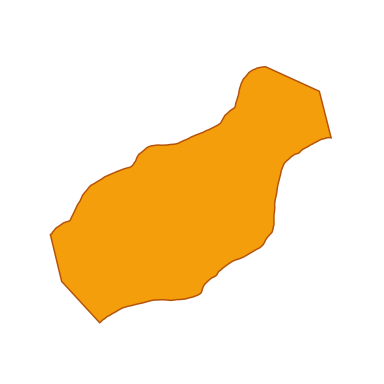 outline of North Miladhunmadulu, Maldives, rotated 76°
{"feature_id": "70690204B13524442343529", "entity_name": "North Miladhunmadulu", "entity_type": "district", "adm_level": 2, "iso_a3": "MDV", "parent_name": "Maldives", "parent_adm1": "", "projection": "robinson", "projection_center": [73.105, 6.23], "detail": "fine", "context": "isolated", "style": "filled", "palette": "amber", "viewbox_px": 384, "rotation_deg": 76, "n_neighbors": 0, "source": "geoboundaries", "source_scale": "gbopen_adm2", "svg_char_len": 3175}
<svg xmlns="http://www.w3.org/2000/svg" viewBox="0 0 384 384"><g transform="rotate(76 192 192)"><path d="M88.2,90.4L88.1,91.2L87.9,92.5L87.8,93.7L87.6,95.9L87.5,97.9L87.5,98.8L87.8,100.1L88.1,101.4L88.2,103.1L89.0,105.5L89.6,107.3L90.0,108.1L91.4,109.8L92.2,110.9L93.0,111.9L93.8,113.0L94.8,114.8L95.4,115.3L98.0,117.4L98.6,117.9L100.7,119.2L103.2,120.8L106.2,122.2L108.8,123.3L111.3,124.9L113.8,126.3L115.2,127.2L116.7,128.2L118.2,128.8L119.6,129.4L120.4,130.2L121.0,131.6L121.5,133.0L122.0,134.5L122.9,136.4L123.7,137.7L124.4,139.0L125.1,140.4L125.8,141.7L129.0,144.7L130.3,145.9L131.7,147.1L132.5,148.5L133.5,151.5L134.2,154.4L134.7,156.5L135.2,158.8L135.7,161.0L135.9,163.4L136.8,166.9L137.2,170.6L137.6,173.8L137.9,175.9L138.4,179.2L139.3,182.5L139.7,184.6L140.3,188.7L140.8,191.1L141.4,193.6L141.4,197.0L141.1,199.0L140.6,201.9L140.3,205.2L139.7,208.1L139.1,210.9L138.3,213.1L137.8,216.3L137.4,220.4L137.5,222.2L138.0,224.9L139.2,227.1L141.5,231.8L142.5,234.3L142.9,234.8L144.9,236.8L146.7,238.1L148.3,239.2L152.1,243.6L153.0,246.1L153.0,251.3L153.9,259.3L156.1,272.8L157.2,275.6L158.4,279.1L159.0,281.5L159.9,284.0L160.6,286.5L161.2,288.8L162.9,291.3L164.9,293.8L166.9,296.7L168.5,298.7L170.0,300.0L173.7,302.8L175.5,304.9L177.4,306.8L180.1,308.9L182.7,311.0L184.9,312.8L187.2,314.9L189.0,316.3L190.1,317.2L190.6,319.4L190.6,322.1L191.1,324.9L191.8,326.3L192.8,329.0L193.4,330.8L194.1,332.7L196.2,335.5L197.3,337.1L198.5,338.1L199.0,339.7L247.2,340.1L296.5,313.2L295.8,311.7L295.0,310.6L294.1,308.5L293.8,307.3L292.5,304.9L291.8,301.9L291.0,299.5L290.2,296.7L289.8,294.9L289.0,292.5L288.4,290.5L287.9,288.5L287.6,286.8L287.5,283.7L287.4,281.4L287.6,278.1L287.5,274.2L287.5,271.7L287.6,269.0L287.7,266.8L287.6,263.5L287.5,261.0L287.5,259.2L287.5,258.0L287.6,255.2L288.1,253.1L288.6,250.6L289.2,247.5L289.9,244.9L291.1,241.5L292.1,238.7L292.6,234.5L292.8,232.4L293.3,230.5L293.7,227.6L294.2,224.2L294.0,220.2L294.1,217.0L293.8,214.2L293.5,211.4L292.4,208.0L290.7,206.5L288.2,205.2L286.0,203.5L284.6,202.0L283.1,199.5L281.4,196.5L280.3,194.2L279.9,192.4L279.4,190.0L278.6,188.2L276.9,186.6L275.8,185.7L274.6,182.9L273.3,180.5L272.3,178.2L271.4,176.1L270.3,173.2L269.1,169.7L268.7,168.0L268.4,165.5L268.3,163.0L268.1,160.9L267.7,158.7L267.1,156.1L266.1,152.7L265.5,150.8L264.9,148.7L263.8,145.1L263.1,142.6L262.7,140.4L261.7,138.1L260.4,135.8L258.4,133.8L256.7,132.5L254.9,130.7L253.5,128.8L252.5,127.3L251.4,125.6L250.4,124.1L248.5,123.0L246.3,121.8L245.1,121.4L244.1,120.6L242.3,120.1L240.0,119.5L237.5,118.9L234.3,118.1L230.6,116.6L227.4,115.5L224.3,114.9L220.6,113.6L216.2,111.4L213.1,109.9L211.6,109.4L208.7,108.2L206.8,107.4L204.7,106.3L201.9,104.8L199.2,103.4L195.9,101.6L192.7,100.1L188.3,97.0L186.3,95.3L184.6,92.5L183.4,89.9L182.0,87.7L181.2,85.6L180.5,83.7L180.2,82.5L180.2,81.6L180.2,80.3L180.2,79.8L179.9,78.7L179.2,77.4L178.4,76.3L177.4,74.3L177.3,74.0L176.9,72.1L176.7,71.5L176.5,70.5L176.3,69.7L175.8,67.9L175.3,66.4L174.7,64.7L174.7,63.7L174.1,61.9L173.9,61.4L173.7,60.0L173.2,58.0L172.6,55.9L172.2,53.9L172.2,52.1L172.2,50.1L172.1,48.8L172.2,46.7L172.6,45.2L173.1,43.9L125.1,44.1L88.2,90.4Z" fill="#f59e0b" stroke="#b45309" stroke-width="1.5"/></g></svg>